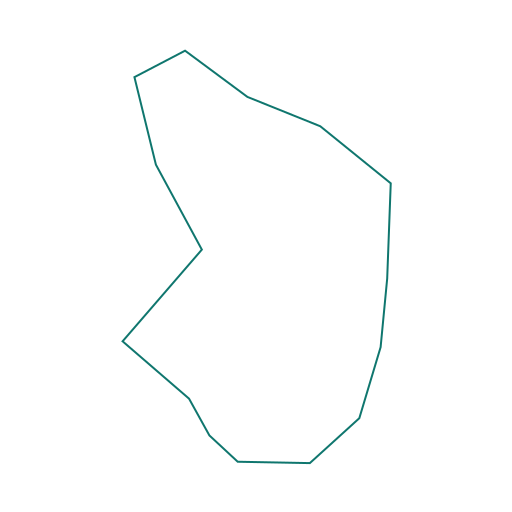 an SVG outline of Érd, rotated 354°
{"feature_id": "HUN-4907", "entity_name": "Érd", "entity_type": "Urban county", "adm_level": 1, "iso_a3": "HUN", "parent_name": "Hungary", "parent_adm1": "", "projection": "equal_earth", "projection_center": [18.891, 47.383], "detail": "fine", "context": "isolated", "style": "outline", "palette": "teal", "viewbox_px": 512, "rotation_deg": 354, "n_neighbors": 0, "source": "natural_earth", "source_scale": "10m", "svg_char_len": 355}
<svg xmlns="http://www.w3.org/2000/svg" viewBox="0 0 512 512"><g transform="rotate(354 256 256)"><path d="M397.6,197.8L384.1,292.2L370.4,359.7L341.8,428.1L287.9,467.6L216.3,458.7L190.9,429.6L174.5,390.9L114.4,326.9L202.8,244.0L166.0,154.7L153.8,65.4L206.9,44.4L264.1,96.9L333.5,133.7L397.6,197.8Z" fill="none" stroke="#0f766e" stroke-width="2"/></g></svg>